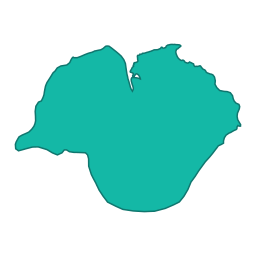 Mtwara Urban, Mtwara, United Republic of Tanzania
{"feature_id": "72390352B87015028421250", "entity_name": "Mtwara Urban", "entity_type": "district", "adm_level": 2, "iso_a3": "TZA", "parent_name": "United Republic of Tanzania", "parent_adm1": "Mtwara", "projection": "mercator", "projection_center": [40.161, -10.316], "detail": "fine", "context": "isolated", "style": "filled", "palette": "teal", "viewbox_px": 256, "rotation_deg": 0, "n_neighbors": 0, "source": "geoboundaries", "source_scale": "gbopen_adm2", "svg_char_len": 5006}
<svg xmlns="http://www.w3.org/2000/svg" viewBox="0 0 256 256"><path d="M211.4,74.2L210.2,74.0L209.4,73.7L208.5,73.3L207.8,73.1L207.4,73.0L207.2,72.8L207.0,72.7L206.6,72.4L206.2,72.1L206.0,71.7L205.9,71.4L205.8,71.2L205.5,70.8L205.1,70.2L204.5,69.8L204.0,69.6L203.6,69.4L203.1,69.2L202.8,68.9L202.4,68.4L201.8,67.8L201.2,67.0L200.7,66.2L200.3,65.9L199.8,65.8L199.3,66.0L199.0,66.1L198.6,66.2L198.3,66.2L197.8,66.3L197.2,66.5L196.8,66.4L196.5,66.3L196.0,66.3L195.6,66.4L195.2,66.5L194.8,66.5L194.5,66.2L194.1,65.7L193.9,65.3L193.7,64.7L193.7,64.3L193.6,64.0L193.4,63.8L192.8,63.6L192.0,63.2L191.8,63.0L191.3,62.8L190.8,62.5L190.2,62.3L189.8,62.1L189.6,62.0L189.4,62.2L189.2,62.4L188.9,62.5L188.7,62.7L188.3,62.9L187.9,63.1L187.6,63.1L187.3,63.0L186.9,62.9L186.6,62.8L186.3,62.7L186.0,62.6L185.7,62.5L185.4,62.4L185.2,62.2L184.9,62.0L184.7,61.7L184.5,61.3L184.0,60.7L183.4,60.3L182.9,60.1L182.4,60.2L181.9,60.5L181.0,60.4L180.2,59.9L180.0,59.7L179.2,59.1L178.3,58.2L177.8,57.5L177.7,57.3L177.2,56.4L176.8,55.5L176.2,54.0L175.8,52.3L175.9,51.0L176.2,50.3L176.5,49.4L177.0,49.1L177.8,48.8L178.3,48.2L178.9,47.7L179.5,47.3L179.9,46.9L180.4,46.6L180.8,46.2L180.8,45.8L180.4,45.5L180.0,45.1L179.4,44.9L178.6,44.8L177.8,44.7L177.0,44.7L175.9,44.6L174.6,44.4L173.4,44.5L172.4,44.4L171.2,44.4L169.9,44.6L168.8,44.9L167.9,45.0L167.3,45.4L166.8,45.7L166.2,46.2L166.0,46.7L165.7,47.5L165.2,47.7L164.7,47.8L164.3,48.0L163.7,48.2L162.9,48.1L162.4,47.6L161.9,47.2L161.3,47.3L161.1,47.6L160.8,48.0L160.3,48.6L159.5,48.9L158.8,49.2L158.0,49.6L157.0,49.7L156.1,49.8L155.3,49.8L154.7,49.8L153.7,50.0L152.8,50.5L151.9,50.8L151.1,51.2L150.2,51.4L149.3,51.7L148.5,52.0L147.6,52.2L146.8,52.4L146.2,52.6L145.5,52.9L144.7,53.1L143.8,53.3L142.9,53.2L142.3,53.4L142.0,53.9L141.4,54.2L140.7,54.2L139.9,54.2L139.9,54.6L139.3,55.1L138.6,55.3L138.0,55.3L137.6,55.5L137.6,55.9L137.5,56.0L137.4,56.3L137.4,56.7L137.5,57.3L137.6,58.3L137.6,58.7L137.6,59.3L137.8,60.1L137.9,60.5L137.9,60.9L137.8,61.3L137.7,61.5L137.3,61.8L136.8,62.1L136.2,62.4L135.5,62.5L134.7,62.6L134.3,62.8L134.0,63.0L133.8,63.7L134.1,64.0L133.9,64.3L133.7,64.7L133.4,65.0L133.2,65.4L133.4,65.8L133.6,66.1L133.5,66.5L133.1,66.7L132.4,67.3L132.0,68.0L131.6,69.0L131.0,69.9L130.3,71.1L130.2,71.7L130.4,72.2L131.0,72.3L131.6,72.5L132.4,72.9L133.1,73.3L133.3,73.7L133.4,73.8L133.4,74.0L133.3,74.3L133.1,74.7L132.8,75.4L132.6,75.9L132.7,76.3L133.0,76.6L133.8,76.7L134.2,76.5L134.3,76.1L134.5,75.7L134.7,75.3L135.1,75.0L135.4,74.7L135.5,74.4L135.8,74.1L136.2,74.0L136.6,73.8L137.2,74.1L137.4,74.2L137.7,74.3L138.1,74.7L138.7,75.2L138.8,75.3L139.3,76.2L139.9,77.4L140.3,78.3L140.4,79.0L138.4,78.2L136.4,77.8L134.2,77.6L132.2,77.6L131.6,78.0L131.2,79.1L131.2,80.1L131.4,81.5L131.8,82.9L132.3,84.7L132.9,86.3L133.3,88.0L133.2,89.5L132.4,91.2L131.2,89.3L130.5,87.5L129.7,84.7L128.8,81.4L127.9,78.6L127.6,76.7L126.9,74.0L126.0,67.9L125.4,63.5L123.8,59.7L121.2,56.1L120.3,55.3L118.9,54.0L115.8,51.4L111.5,48.0L109.0,46.2L108.1,46.1L107.0,46.0L105.6,46.3L103.1,48.5L100.8,49.8L98.1,50.3L95.4,50.9L94.6,51.0L94.0,51.4L93.2,51.7L92.8,51.9L92.6,52.1L92.3,52.2L91.1,52.5L88.6,53.2L88.0,53.4L84.9,54.6L84.0,55.0L80.8,56.4L77.2,57.7L75.8,57.7L75.6,57.7L73.9,57.7L73.3,57.2L72.6,57.4L71.3,59.3L71.0,59.9L70.3,61.4L69.7,62.7L66.8,65.0L65.1,65.3L64.4,65.4L60.8,66.0L57.3,67.9L56.7,68.7L55.2,70.9L53.0,72.9L51.1,76.1L49.4,78.8L47.0,82.5L45.9,85.1L45.5,86.2L44.8,89.6L44.4,91.8L44.0,94.6L43.1,97.3L41.4,100.9L38.5,102.1L35.9,106.2L35.2,111.3L35.5,116.3L35.6,120.8L35.0,123.6L33.9,126.3L31.7,129.3L28.8,132.1L25.8,133.5L22.1,135.1L19.1,136.8L18.9,137.1L17.7,139.1L16.1,142.1L15.7,143.4L15.4,144.2L15.5,144.4L15.4,144.9L15.7,148.8L17.2,149.8L17.3,149.9L18.5,150.8L24.0,149.3L25.7,148.8L32.2,147.1L33.7,147.0L38.2,146.9L47.0,149.6L52.5,152.9L57.4,154.9L59.8,153.8L62.0,152.8L64.3,149.9L66.5,149.9L68.0,150.8L69.4,151.7L74.0,152.4L76.4,152.4L82.0,152.6L85.5,152.8L87.3,154.6L87.6,154.9L87.6,155.0L88.6,158.8L88.7,166.2L91.3,174.4L92.9,177.6L93.4,178.6L95.9,183.2L96.6,184.8L97.0,185.7L97.1,185.8L99.2,190.2L103.2,196.3L106.8,201.0L107.2,201.6L107.6,202.1L116.0,206.3L120.9,208.5L122.0,209.0L123.0,209.4L133.0,210.9L134.2,211.0L144.4,211.6L149.0,211.4L154.6,211.2L165.3,208.4L173.6,204.8L179.4,201.9L183.9,196.3L184.1,196.0L184.2,195.8L187.9,189.5L191.0,182.0L191.9,180.8L195.2,176.3L196.9,173.6L197.0,173.5L198.2,171.6L199.0,170.4L205.2,161.9L209.7,156.9L212.6,153.4L215.7,149.3L216.0,148.9L216.3,148.6L218.3,145.8L221.2,144.5L223.5,143.2L223.5,140.9L224.4,137.7L226.1,135.1L229.0,133.1L230.8,132.4L231.7,131.8L233.0,131.1L233.6,130.7L234.5,130.3L236.1,129.6L236.8,128.9L237.0,128.1L237.0,127.0L237.9,125.5L239.0,126.1L240.5,126.1L240.6,124.6L239.5,122.8L237.7,119.7L237.1,116.2L237.5,113.0L237.7,112.6L239.3,108.8L239.7,106.6L239.2,105.1L238.9,104.4L236.0,103.1L234.2,101.1L233.2,98.7L232.5,95.6L230.3,92.7L227.2,91.6L224.1,91.4L219.7,90.5L218.9,89.7L216.8,87.6L214.9,84.1L215.0,83.7L215.3,80.8L214.5,77.1L213.1,75.1L212.3,74.6L211.4,74.2Z" fill="#14b8a6" stroke="#0f766e" stroke-width="1.5"/></svg>